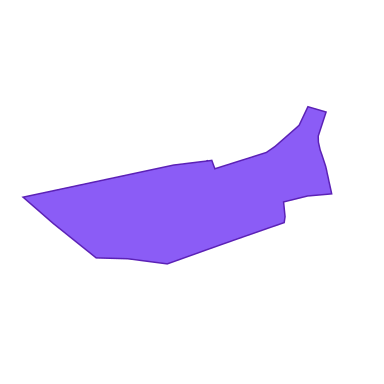 Santa Catarina Minas, Oaxaca, Mexico, rotated 245°
{"feature_id": "50627088B70171600185604", "entity_name": "Santa Catarina Minas", "entity_type": "district", "adm_level": 2, "iso_a3": "MEX", "parent_name": "Mexico", "parent_adm1": "Oaxaca", "projection": "equal_earth", "projection_center": [-96.62, 16.79], "detail": "fine", "context": "isolated", "style": "filled", "palette": "violet", "viewbox_px": 384, "rotation_deg": 245, "n_neighbors": 0, "source": "geoboundaries", "source_scale": "gbopen_adm2", "svg_char_len": 936}
<svg xmlns="http://www.w3.org/2000/svg" viewBox="0 0 384 384"><g transform="rotate(245 192 192)"><path d="M220.3,333.1L207.2,317.3L206.3,314.4L198.2,286.6L196.4,276.1L203.4,222.5L203.9,222.6L204.9,222.7L205.7,222.7L206.8,222.8L212.3,223.3L212.9,221.3L213.4,219.7L213.9,219.3L214.0,218.8L213.7,218.7L215.3,214.0L224.2,186.7L258.7,36.7L221.8,53.1L172.8,77.3L158.7,105.5L137.3,139.2L136.8,144.6L136.0,153.1L135.6,157.6L134.8,166.0L133.6,179.3L132.6,189.5L131.9,197.3L131.8,197.6L131.8,198.1L131.0,205.9L130.8,208.4L129.8,218.5L127.0,246.4L125.3,262.6L130.3,265.9L144.3,270.8L140.6,289.8L140.1,292.1L139.5,295.3L138.9,296.8L137.6,300.4L133.3,312.2L132.3,315.0L131.3,317.8L131.7,317.9L135.6,318.8L140.5,319.9L143.8,320.6L146.6,321.3L149.3,321.9L152.2,322.5L154.1,323.0L154.5,323.1L155.9,323.4L158.9,324.0L170.6,325.4L175.9,325.9L183.7,327.6L189.3,330.0L207.8,347.3L220.3,333.1Z" fill="#8b5cf6" stroke="#5b21b6" stroke-width="1.5"/></g></svg>